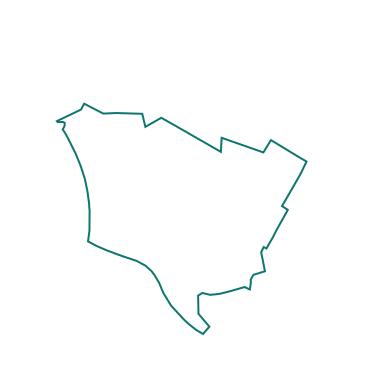 the district of Delaware, Pennsylvania, United States of America, rotated 61°
{"feature_id": "52423323B13183182177213", "entity_name": "Delaware", "entity_type": "district", "adm_level": 2, "iso_a3": "USA", "parent_name": "United States of America", "parent_adm1": "Pennsylvania", "projection": "orthographic", "projection_center": [-75.397, 39.934], "detail": "fine", "context": "isolated", "style": "outline", "palette": "teal", "viewbox_px": 384, "rotation_deg": 61, "n_neighbors": 0, "source": "geoboundaries", "source_scale": "gbopen_adm2", "svg_char_len": 1035}
<svg xmlns="http://www.w3.org/2000/svg" viewBox="0 0 384 384"><g transform="rotate(61 192 192)"><path d="M277.5,154.3L270.6,142.9L266.5,136.9L254.1,116.9L247.9,120.1L242.6,111.1L228.7,88.1L220.9,77.1L212.9,81.8L184.9,97.8L192.0,110.4L159.0,139.8L170.9,147.3L126.7,174.0L112.2,182.9L112.4,201.2L99.5,197.6L86.3,219.8L80.4,231.6L62.5,243.5L66.1,249.1L64.5,275.8L65.3,275.6L65.7,275.6L68.3,270.8L69.7,269.8L72.0,271.1L73.1,272.3L74.5,274.7L80.8,274.3L101.3,275.1L101.7,275.1L115.7,276.8L128.2,279.3L128.8,279.4L140.6,283.1L152.5,287.7L152.5,287.8L153.1,288.0L154.8,288.9L159.0,290.8L176.2,300.5L184.8,306.9L192.4,302.0L201.3,295.2L213.8,284.5L225.5,273.8L233.9,268.4L241.5,265.8L246.3,265.1L249.5,265.0L255.4,264.8L266.3,266.0L281.2,265.4L299.7,260.9L305.3,259.1L314.7,255.2L321.5,251.2L318.2,242.1L301.7,245.4L285.6,236.9L285.3,231.9L290.8,225.9L294.4,217.5L297.3,206.6L300.6,192.1L305.3,188.7L299.9,184.5L297.1,183.1L294.2,178.4L296.7,166.6L278.2,160.7L274.9,156.0L277.5,154.3Z" fill="none" stroke="#0f766e" stroke-width="2"/></g></svg>